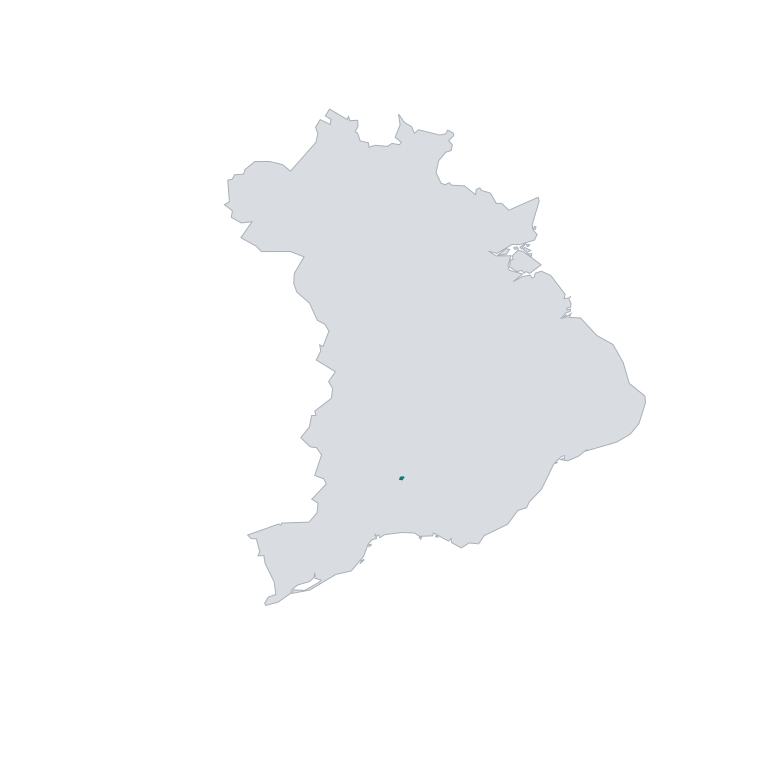 location of Guapiaçu, São Paulo, Brazil, rotated 31°
{"feature_id": "56859067B16319399596157", "entity_name": "Guapiaçu", "entity_type": "district", "adm_level": 2, "iso_a3": "BRA", "parent_name": "Brazil", "parent_adm1": "São Paulo", "projection": "mercator", "projection_center": [-49.18, -20.723], "detail": "fine", "context": "in_parent", "style": "filled", "palette": "teal", "viewbox_px": 768, "rotation_deg": 31, "n_neighbors": 0, "source": "geoboundaries", "source_scale": "gbopen_adm2", "svg_char_len": 4400}
<svg xmlns="http://www.w3.org/2000/svg" viewBox="0 0 768 768"><g transform="rotate(31 384 384)"><path d="M232.0,182.4L238.4,187.9L246.5,185.3L249.1,188.8L253.6,183.8L264.5,178.6L266.9,173.7L273.9,171.0L274.5,167.9L266.5,166.8L264.3,153.5L257.4,145.1L266.8,149.3L275.1,149.2L281.0,153.4L282.7,148.3L303.6,141.9L308.1,137.6L307.8,133.5L314.0,133.3L315.9,135.2L314.0,142.0L319.4,143.8L321.3,149.3L317.6,153.5L315.8,164.5L319.8,176.0L329.6,182.6L333.9,181.6L336.0,177.9L339.7,178.7L350.9,172.7L365.0,174.6L362.9,169.7L365.1,166.5L367.8,167.9L377.0,165.6L387.3,171.4L391.8,168.6L401.5,170.7L419.9,144.6L422.8,147.3L429.0,171.3L432.1,175.0L438.2,177.0L438.9,183.1L428.5,194.6L422.0,198.3L413.5,214.0L405.2,216.2L413.9,216.6L426.8,208.7L429.3,218.8L432.8,221.9L446.1,218.4L442.1,229.7L447.3,220.6L453.4,215.4L456.4,217.0L457.8,215.3L456.6,211.2L460.7,206.3L471.0,205.1L493.0,213.8L494.6,218.2L497.7,215.2L502.9,218.6L504.3,222.3L501.6,224.9L502.8,226.2L505.5,223.7L506.2,226.1L503.6,228.7L502.0,236.4L505.5,233.2L508.0,227.4L508.5,231.5L518.4,226.2L541.5,232.8L560.0,232.2L578.2,242.6L594.0,257.2L613.8,259.9L617.7,265.2L622.9,286.4L620.9,300.1L613.3,314.1L591.8,337.2L591.8,335.3L587.8,345.9L581.0,355.2L577.9,356.6L575.5,352.4L573.6,354.5L570.7,364.5L573.2,393.2L569.3,409.9L569.9,416.6L563.8,423.6L562.2,440.6L548.0,462.3L547.4,472.3L538.8,476.4L534.7,484.8L523.5,485.1L521.1,481.9L520.3,485.4L503.1,486.2L503.9,489.1L493.0,496.2L486.8,496.1L475.9,502.0L462.2,512.7L459.6,517.8L457.2,515.9L456.3,518.2L453.1,517.2L457.2,520.2L453.9,523.6L452.9,529.3L455.3,542.0L452.3,561.0L440.8,572.0L426.5,598.8L412.8,611.0L412.5,607.0L422.2,601.9L430.6,587.1L430.8,584.5L425.2,586.1L421.9,581.4L423.6,586.1L422.0,591.6L413.6,600.6L410.9,607.7L411.7,611.8L405.4,625.8L396.6,634.7L394.6,633.4L394.6,626.3L399.6,620.0L391.8,610.2L374.6,599.1L369.4,593.0L364.5,596.2L364.0,591.9L354.4,582.5L349.7,584.9L344.9,583.6L365.9,558.2L368.4,558.3L367.9,555.9L390.9,541.0L392.9,528.8L388.8,520.0L381.4,520.0L386.0,499.4L381.3,496.3L371.7,498.1L367.0,477.0L359.1,473.3L353.1,475.9L340.3,472.9L342.2,459.2L338.2,448.3L341.9,445.9L338.6,442.9L346.3,423.2L342.2,414.2L335.3,410.6L335.9,398.5L313.6,398.3L312.8,388.3L308.7,383.5L312.4,383.4L309.6,367.0L302.7,363.3L294.0,363.7L278.4,353.0L261.9,350.1L254.9,344.3L250.1,335.3L250.0,316.2L235.6,318.6L210.7,333.6L203.3,331.7L186.0,332.3L187.3,312.8L178.8,319.4L167.3,319.8L164.9,313.7L154.8,312.5L157.6,307.4L145.1,289.7L148.5,286.6L148.1,281.7L155.6,276.3L154.4,271.8L158.7,259.8L171.4,252.2L184.1,248.2L194.2,249.8L201.2,211.8L198.3,203.5L193.0,199.0L193.2,190.2L204.2,189.2L202.3,184.5L195.7,184.4L195.7,176.4L216.1,176.3L215.9,173.0L219.0,176.0L225.6,171.5L229.0,176.5L229.4,182.8L232.0,182.4ZM434.7,198.7L457.3,200.9L451.9,214.2L447.8,214.5L447.0,216.8L443.7,215.7L440.1,219.1L431.5,219.1L428.4,212.4L430.7,210.7L428.0,208.3L429.8,200.6L434.7,198.7ZM415.3,214.8L418.8,205.2L422.4,203.9L422.1,209.7L415.3,214.8ZM440.9,194.0L438.7,197.6L433.5,196.7L434.4,194.5L440.9,194.0ZM433.1,190.1L432.3,197.4L430.1,196.6L433.1,190.1ZM444.5,198.6L441.2,199.0L439.8,198.4L443.7,196.3L444.5,198.6ZM429.7,198.9L426.4,201.3L425.0,200.0L427.4,197.9L429.7,198.9ZM435.8,192.5L434.2,191.0L437.0,189.5L437.2,190.9L435.8,192.5ZM434.0,173.6L432.1,174.0L431.7,171.3L433.5,171.2L434.0,173.6ZM456.1,549.9L455.5,547.2L457.0,544.8L457.5,545.5L456.1,549.9ZM494.9,495.2L495.5,498.0L493.1,497.4L494.9,495.2ZM454.9,531.2L453.9,529.6L455.5,528.0L456.0,528.7L454.9,531.2ZM504.9,231.6L503.5,234.3L505.0,230.4L504.9,231.6ZM576.6,357.0L574.4,357.8L575.8,355.6L576.6,357.0ZM509.2,487.4L506.9,488.3L506.4,487.8L507.9,486.5L509.2,487.4ZM572.9,362.2L572.1,363.7L571.5,362.7L572.9,362.2ZM498.9,212.7L499.0,214.2L498.4,214.0L498.9,212.7Z" fill="#d9dde1" stroke="#a8b0b8" stroke-width="1"/><path d="M448.3,453.9L448.3,454.0L448.2,454.0L448.1,454.3L447.9,454.5L447.7,454.6L447.7,454.8L447.4,454.8L447.2,455.0L446.9,455.0L446.7,455.0L446.6,455.3L446.6,455.5L446.5,455.8L446.5,456.0L446.4,456.1L446.5,456.3L446.5,456.5L446.6,456.8L446.6,457.0L446.7,457.3L446.8,457.2L447.0,457.2L447.3,457.1L447.5,456.9L447.8,456.8L448.0,456.9L448.3,456.9L448.4,456.7L448.5,456.7L448.7,456.4L448.6,456.2L448.7,455.9L448.4,455.8L448.4,455.7L448.3,455.4L448.4,455.2L448.3,454.9L448.3,454.7L448.5,454.7L448.4,454.5L448.4,454.4L448.5,454.3L448.4,454.3L448.4,454.2L448.4,453.9L448.3,453.9Z" fill="#14b8a6" stroke="#0f766e" stroke-width="1.5"/></g></svg>